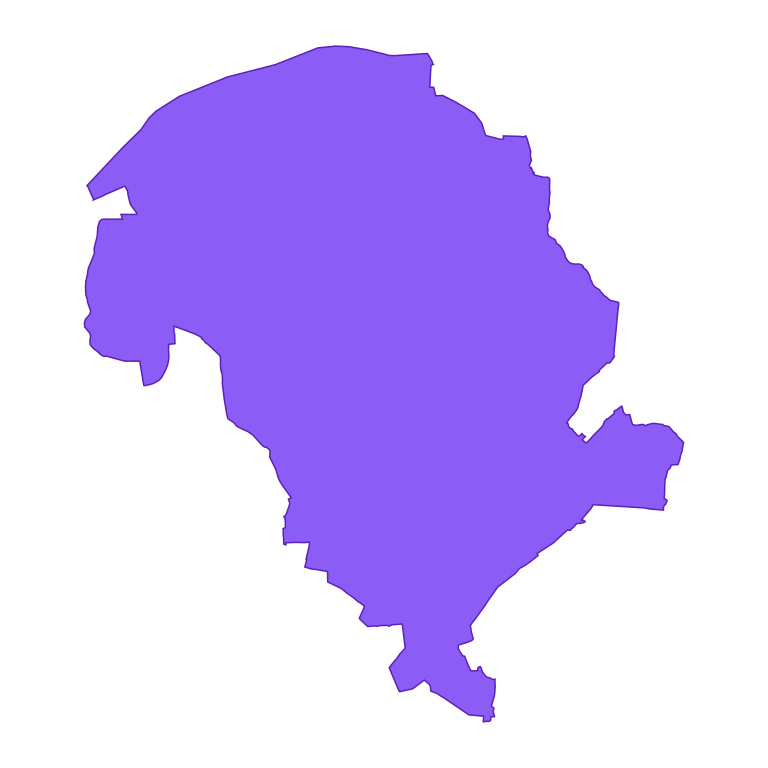 Aliman, Constanta, Romania
{"feature_id": "2599482B71126522138451", "entity_name": "Aliman", "entity_type": "district", "adm_level": 2, "iso_a3": "ROU", "parent_name": "Romania", "parent_adm1": "Constanta", "projection": "albers", "projection_center": [27.854, 44.172], "detail": "fine", "context": "isolated", "style": "filled", "palette": "violet", "viewbox_px": 768, "rotation_deg": 0, "n_neighbors": 0, "source": "geoboundaries", "source_scale": "gbopen_adm2", "svg_char_len": 6069}
<svg xmlns="http://www.w3.org/2000/svg" viewBox="0 0 768 768"><path d="M87.0,185.6L88.1,187.1L93.6,199.7L93.5,199.9L103.7,195.5L105.1,194.6L124.9,186.1L127.5,190.9L128.3,196.3L129.0,198.8L129.5,201.2L130.3,204.0L131.1,205.5L136.2,212.3L136.6,213.0L136.7,213.5L136.6,214.4L121.0,214.4L122.5,219.1L103.1,219.2L101.8,219.4L99.7,221.1L99.1,222.7L97.8,227.3L97.2,236.1L94.4,247.1L94.2,249.1L94.3,253.6L91.1,261.8L88.6,267.6L87.9,270.6L87.4,274.7L85.9,281.1L85.5,286.7L85.7,293.0L86.1,295.7L87.3,299.2L87.6,302.2L90.2,309.8L90.5,310.9L90.6,311.8L90.1,313.5L89.2,315.0L85.6,319.1L84.5,322.4L84.4,324.0L85.0,327.2L84.9,327.2L89.9,333.3L90.6,336.0L89.9,341.2L90.1,344.2L91.4,346.3L94.2,349.2L96.9,351.0L98.7,352.4L99.3,353.1L99.1,353.1L100.8,354.7L103.4,356.2L104.5,356.4L106.7,356.2L124.5,361.1L139.7,361.2L143.8,385.5L145.3,385.6L147.0,385.2L152.4,383.8L155.7,382.3L158.9,380.3L160.7,378.6L161.8,377.1L165.0,371.3L166.9,366.8L167.8,364.1L168.5,360.6L168.9,356.8L168.5,349.3L168.7,345.8L168.9,344.3L175.0,343.7L174.6,333.7L174.0,332.5L174.0,326.2L194.8,333.9L201.6,337.4L201.5,338.8L202.3,339.1L203.4,340.0L205.7,343.0L207.0,343.6L208.1,344.5L220.1,355.8L220.5,359.0L220.5,361.7L220.4,362.6L220.5,366.2L220.8,369.5L221.1,371.0L222.2,374.5L222.5,380.3L222.3,383.2L222.5,385.0L224.4,400.2L226.8,414.3L227.4,416.9L228.0,418.8L233.3,422.3L234.2,423.1L236.5,425.9L237.2,426.4L241.2,428.6L248.1,431.7L249.6,432.9L252.5,434.6L255.2,437.5L260.7,443.8L262.9,446.0L264.6,447.1L265.4,447.2L266.3,447.1L269.8,450.1L270.0,453.6L269.8,456.5L269.6,456.8L276.0,469.9L278.0,477.1L279.9,481.4L282.6,485.7L291.3,497.8L288.4,499.2L289.9,503.6L286.1,514.4L285.1,515.8L284.1,516.3L283.8,517.0L285.4,518.5L285.0,519.2L285.5,523.8L285.3,524.3L285.4,527.6L283.1,528.6L283.3,536.0L283.6,537.8L283.7,544.1L285.9,544.9L286.1,542.8L295.3,542.4L304.2,542.6L309.4,542.2L309.4,544.3L309.0,546.6L308.0,551.2L306.2,558.4L306.1,559.4L306.7,559.6L304.8,567.0L311.8,569.1L315.3,569.4L327.5,571.5L327.7,581.8L328.2,582.3L339.9,587.8L341.7,588.9L346.9,593.1L353.7,597.9L358.0,601.7L359.6,602.5L364.1,605.7L364.3,606.0L364.0,607.7L359.5,617.8L359.4,618.6L361.4,620.7L367.8,626.6L374.9,625.9L377.1,626.4L380.0,625.6L385.1,625.4L387.8,625.5L389.0,626.2L389.4,626.2L391.8,624.8L402.2,624.0L403.8,636.3L404.8,645.5L405.1,645.7L405.0,647.9L404.6,648.9L400.1,653.7L395.8,659.8L395.0,660.3L389.2,667.7L398.8,690.5L399.3,691.4L399.7,691.7L412.7,688.8L424.2,680.1L428.9,684.0L429.7,684.9L430.3,686.2L430.6,687.8L430.6,690.5L431.0,691.3L435.4,692.8L437.6,693.8L441.0,696.2L443.2,697.4L468.8,714.8L469.5,715.0L474.9,715.4L483.3,716.2L483.6,716.7L483.6,718.4L483.2,721.1L483.3,721.6L483.8,721.9L486.0,721.3L488.4,721.4L490.5,720.7L491.0,716.7L494.4,716.7L494.5,716.2L493.3,712.2L493.3,711.3L493.9,708.6L493.9,708.0L492.9,707.2L492.0,707.0L491.7,706.6L491.6,705.6L494.3,696.0L494.7,693.3L495.2,686.1L494.9,681.3L495.1,679.3L492.5,679.4L491.6,679.1L490.6,678.1L486.8,677.0L485.2,675.5L482.3,671.8L481.1,667.7L480.4,666.8L479.8,666.7L478.4,667.2L477.8,668.3L477.6,670.7L473.1,670.9L470.9,670.7L469.1,667.3L465.9,659.7L464.8,656.3L464.5,656.1L462.9,656.0L459.7,651.4L458.3,648.3L458.1,646.3L458.5,645.5L459.3,644.8L467.3,642.3L472.0,640.5L473.3,638.8L471.3,631.8L470.7,627.3L470.5,627.1L470.4,625.5L472.1,622.9L474.2,620.4L485.1,605.3L488.3,600.3L498.1,586.5L498.3,586.6L515.0,573.7L519.6,568.4L524.8,565.5L530.9,561.2L538.1,555.5L537.1,553.5L553.1,543.1L567.3,530.1L567.9,529.9L569.2,530.3L570.3,530.3L576.9,523.5L580.3,523.4L583.5,522.6L585.1,521.8L584.6,521.0L582.6,519.9L581.6,520.1L581.5,519.6L590.7,508.9L593.3,504.7L643.8,507.9L649.9,509.0L663.4,510.1L663.6,506.7L664.4,505.4L665.6,504.3L667.1,500.8L666.8,500.0L666.4,499.6L664.2,498.8L664.6,493.1L664.8,484.2L665.1,479.2L665.7,478.1L666.1,476.7L667.3,471.7L667.8,470.2L670.1,468.2L671.2,465.1L675.7,464.6L677.9,464.7L679.3,460.9L680.1,458.1L680.3,456.2L682.1,451.1L682.4,448.5L683.6,442.4L677.3,436.2L676.1,434.0L675.5,433.3L674.0,432.3L668.8,426.5L663.7,425.5L662.8,424.5L653.4,423.3L649.2,424.2L645.3,425.6L642.8,424.3L635.9,425.4L632.4,424.4L629.7,414.5L627.2,414.9L625.9,414.7L625.0,414.1L624.2,413.3L623.3,411.7L622.3,407.4L621.6,406.1L616.3,410.1L615.0,410.4L614.5,410.7L614.2,411.3L614.3,413.2L614.0,413.6L607.8,418.8L606.5,419.0L606.3,419.5L604.2,421.8L603.0,425.4L601.2,427.6L593.7,435.1L589.1,440.3L586.4,442.8L586.0,442.8L584.9,442.1L582.2,439.7L585.4,436.4L583.6,435.6L582.0,433.5L579.4,436.2L578.0,435.9L573.0,430.5L572.7,429.5L569.4,427.6L568.4,425.8L568.2,424.1L567.6,423.2L566.8,423.1L568.8,419.6L571.3,416.4L574.1,413.5L577.2,409.1L578.1,406.8L578.4,404.8L580.9,396.2L581.3,394.2L582.0,391.6L583.1,385.3L592.5,376.5L599.4,371.5L598.8,370.7L606.9,363.1L609.9,362.9L614.5,356.4L613.7,355.5L614.1,350.4L618.0,309.7L618.5,306.2L618.8,302.8L617.9,302.2L616.4,301.8L610.0,300.3L607.1,297.7L603.3,294.9L603.0,294.1L601.2,292.3L599.2,289.6L595.0,287.1L592.7,284.3L591.5,281.1L590.7,280.0L589.6,275.6L587.3,271.3L586.5,270.2L583.0,267.3L583.4,266.8L582.5,265.6L581.5,264.8L579.1,264.0L574.7,264.1L572.4,263.7L570.0,262.9L569.2,262.4L567.6,260.6L565.3,257.0L564.9,254.5L563.0,250.3L560.1,245.9L556.4,243.1L555.4,240.2L554.8,239.3L552.2,238.1L548.8,235.9L547.9,234.0L547.6,232.5L547.7,230.8L548.0,230.2L547.3,225.2L548.7,220.8L550.1,217.8L550.1,215.6L549.9,214.0L548.4,210.4L548.3,209.2L548.6,206.5L549.3,203.3L549.3,196.9L549.7,195.4L550.0,192.4L549.5,189.7L549.7,179.5L549.5,178.6L548.7,177.7L547.8,177.2L543.1,177.2L535.3,175.2L533.1,173.8L534.2,172.8L533.2,172.1L532.8,171.6L531.3,167.8L530.4,168.2L529.4,165.3L531.5,160.0L530.9,158.4L530.4,155.9L530.7,151.4L527.0,138.5L525.7,135.9L524.7,136.5L522.9,136.8L520.1,136.4L503.3,135.9L503.5,138.7L501.7,139.4L500.8,139.4L485.6,135.5L481.6,123.0L474.5,113.3L456.3,102.4L443.3,95.8L442.2,95.5L435.8,95.8L433.7,87.3L429.8,87.2L430.9,66.4L431.2,65.5L432.1,64.9L433.4,64.4L432.5,63.1L432.0,61.1L427.5,53.5L393.9,55.7L389.3,55.4L366.7,49.7L348.9,46.7L335.3,46.1L317.8,47.9L275.5,64.6L227.6,76.9L179.4,96.3L156.1,111.1L149.1,117.9L140.9,129.7L122.6,147.7L87.0,185.6Z" fill="#8b5cf6" stroke="#5b21b6" stroke-width="1.5"/></svg>